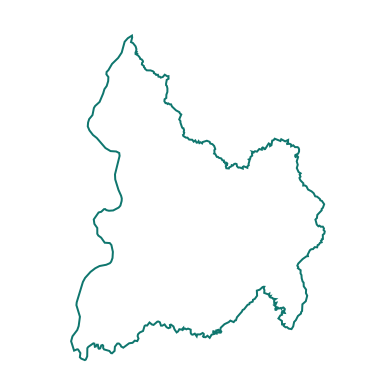 outline of Puerto Boyacá, Boyacá, Colombia, rotated 356°
{"feature_id": "7082276B10585708061512", "entity_name": "Puerto Boyacá", "entity_type": "district", "adm_level": 2, "iso_a3": "COL", "parent_name": "Colombia", "parent_adm1": "Boyacá", "projection": "orthographic", "projection_center": [-74.402, 6.004], "detail": "fine", "context": "isolated", "style": "outline", "palette": "teal", "viewbox_px": 384, "rotation_deg": 356, "n_neighbors": 0, "source": "geoboundaries", "source_scale": "gbopen_adm2", "svg_char_len": 6049}
<svg xmlns="http://www.w3.org/2000/svg" viewBox="0 0 384 384"><g transform="rotate(356 192 192)"><path d="M61.0,332.4L63.3,342.0L66.5,340.9L67.4,341.2L69.4,344.9L68.6,349.0L69.9,350.5L73.4,352.2L74.4,351.7L76.0,348.6L76.7,340.5L77.7,339.3L83.0,336.1L84.0,336.4L84.3,339.6L85.2,339.5L86.4,337.7L87.4,337.8L87.8,341.4L88.3,341.9L89.5,341.6L90.8,338.7L92.1,338.4L92.7,339.2L92.5,341.5L93.3,342.9L98.5,344.8L100.1,347.1L101.0,347.3L103.7,345.1L104.3,341.0L106.9,338.0L108.4,338.0L109.9,339.5L110.6,341.2L112.6,342.5L118.8,338.5L122.2,338.3L124.5,336.3L127.0,336.9L128.4,334.5L127.7,332.0L128.2,330.2L130.1,328.5L133.5,327.2L135.3,322.4L136.2,321.8L137.9,322.1L140.5,319.2L142.8,321.4L144.4,321.9L148.4,318.9L149.6,318.9L150.9,319.8L151.7,323.1L152.9,323.3L155.4,322.2L157.2,325.1L159.0,326.2L160.9,325.6L160.7,323.1L161.7,322.8L164.1,324.8L165.0,327.9L166.9,331.0L168.4,330.1L169.8,328.0L172.1,328.6L173.7,327.1L173.6,328.6L175.3,327.6L176.8,328.6L178.5,328.0L181.1,329.2L180.9,332.5L181.6,334.0L182.8,334.4L184.9,333.5L186.6,336.3L187.2,334.4L190.3,334.6L192.8,333.4L193.8,334.3L193.8,335.6L192.9,336.7L193.4,337.5L195.4,337.8L197.4,336.5L199.5,338.7L201.6,335.7L204.2,335.2L203.3,333.3L203.6,332.4L205.7,333.2L205.9,334.5L206.8,335.0L207.3,333.7L206.6,331.8L208.7,331.3L209.4,332.4L209.2,334.1L210.8,334.3L211.5,333.4L210.6,331.6L211.2,329.4L215.2,326.1L219.5,324.4L221.3,323.0L224.5,324.7L226.0,323.1L226.9,323.0L228.1,320.1L233.4,314.8L234.3,313.2L235.8,312.6L239.6,308.4L241.3,308.0L241.8,306.6L244.9,305.6L245.3,303.8L247.2,303.0L249.7,300.0L249.8,294.9L252.7,294.2L255.7,291.8L256.9,291.5L257.5,291.6L256.8,292.8L257.4,295.0L257.0,297.7L261.0,299.5L262.0,298.9L261.7,300.7L262.0,301.5L263.0,301.3L262.4,302.2L262.8,302.6L264.9,303.3L265.3,304.1L268.0,304.6L266.5,305.5L266.3,306.3L266.3,308.6L268.5,308.3L267.4,310.4L266.2,310.7L268.0,312.6L266.9,314.4L267.1,315.4L268.0,315.4L269.6,313.3L270.5,314.3L272.3,313.9L273.0,314.7L273.9,313.8L275.2,313.6L276.4,315.1L276.3,316.0L275.2,316.8L276.1,319.1L274.5,318.8L273.6,317.5L273.0,319.1L273.3,320.7L271.5,321.3L269.4,324.2L272.7,326.9L272.6,330.3L274.9,330.2L274.0,331.7L274.5,332.3L276.0,333.5L277.3,333.4L278.9,335.0L281.7,335.7L283.6,333.1L284.8,328.8L286.7,327.0L289.0,323.1L292.2,320.9L292.5,319.4L293.5,318.4L294.3,311.7L297.9,308.9L299.7,303.5L298.6,300.8L299.0,297.3L296.9,293.9L297.0,290.1L296.1,289.0L295.4,285.7L295.4,282.5L294.6,280.8L294.9,277.6L292.3,275.4L292.8,274.4L291.9,272.9L293.0,270.8L297.7,266.6L301.8,264.1L303.2,264.1L303.0,262.6L305.5,258.4L307.0,257.4L308.8,257.4L310.5,255.6L313.0,255.9L313.7,253.7L314.8,253.4L316.2,251.6L317.8,251.2L317.3,249.7L318.1,249.2L318.2,248.2L319.3,248.0L319.5,243.9L321.1,242.7L321.7,240.5L320.6,239.1L321.1,237.6L320.1,235.7L318.0,235.6L316.9,234.5L315.7,235.0L314.2,233.2L313.2,228.1L314.8,226.7L315.4,223.6L320.1,219.3L320.1,218.1L321.5,216.8L323.0,213.4L321.0,210.0L319.4,209.2L319.1,207.9L316.5,205.4L314.6,204.9L313.3,201.7L311.3,199.7L307.9,197.6L306.6,194.4L305.0,193.3L303.4,193.3L303.7,191.1L301.1,188.1L300.3,186.1L300.2,185.4L301.3,184.3L300.6,182.1L301.7,181.0L299.7,179.5L298.2,175.4L299.4,172.2L298.6,168.7L300.3,164.5L299.7,163.6L297.8,164.3L297.4,163.4L297.7,162.3L300.5,161.2L301.6,159.2L301.8,156.8L301.2,155.2L300.4,154.6L297.9,154.4L296.3,152.5L294.1,153.3L294.2,151.6L292.8,150.7L290.3,150.8L290.2,150.1L291.2,149.4L291.5,146.8L288.5,148.0L284.7,145.6L283.8,147.3L278.2,144.6L277.0,146.0L275.6,146.3L274.5,150.9L273.1,151.6L273.1,149.7L271.9,148.9L267.9,154.3L267.1,154.3L266.5,152.9L265.6,152.5L265.0,152.9L264.6,154.7L262.1,153.8L259.6,156.3L257.7,155.7L256.5,156.5L254.9,156.0L255.7,157.1L254.5,157.5L254.6,159.9L252.8,161.1L252.3,163.1L250.9,163.5L251.6,164.5L250.3,168.2L250.5,169.3L249.1,170.3L248.9,171.7L245.5,170.0L244.4,170.5L244.3,172.2L241.4,170.9L239.9,170.9L238.7,169.5L238.4,167.2L237.4,166.8L236.2,166.9L234.6,168.4L233.5,168.0L233.2,169.1L230.9,170.0L230.4,171.1L227.9,170.7L227.5,168.6L227.9,167.9L228.8,167.7L229.2,166.0L228.6,165.4L227.9,166.2L227.1,165.9L226.7,164.4L226.0,164.3L226.0,162.8L224.5,162.5L223.6,160.6L220.9,159.6L220.4,158.8L219.2,158.7L217.9,155.8L216.7,155.2L217.2,154.3L217.2,151.8L218.2,150.8L217.3,147.6L215.7,145.7L213.6,144.9L213.1,143.2L210.4,141.9L206.2,142.9L205.5,144.2L204.1,143.0L202.8,143.7L202.1,141.8L201.1,143.0L200.0,143.1L198.9,140.8L197.2,141.9L195.9,139.9L192.8,139.5L191.3,137.5L189.8,137.4L187.3,135.6L187.0,134.5L187.7,134.1L188.4,132.2L187.9,131.5L188.4,129.7L187.9,127.8L187.1,127.7L186.5,126.6L185.3,121.9L185.4,120.5L184.3,118.7L186.7,113.9L185.4,112.8L185.0,111.5L181.7,109.4L178.0,105.3L177.2,103.1L175.8,103.0L174.7,102.0L173.7,102.5L172.9,101.5L171.8,101.5L170.8,99.6L171.1,97.6L172.9,96.4L173.2,93.2L174.4,90.5L174.7,87.0L174.3,84.5L173.6,83.6L173.7,82.1L174.6,78.4L176.5,77.4L176.6,74.8L175.5,74.9L173.0,73.1L170.9,75.2L168.8,75.7L168.1,74.8L166.6,74.6L166.2,72.7L164.4,72.7L164.1,71.9L162.3,70.8L162.4,69.8L161.4,68.8L159.1,67.8L155.4,67.5L153.7,65.8L153.6,64.9L152.8,64.2L152.8,63.0L150.9,61.3L151.2,59.7L152.2,58.7L152.0,57.5L150.9,56.1L149.7,55.7L149.3,54.2L147.7,52.0L145.8,50.7L146.7,50.1L145.3,49.3L145.6,48.5L146.6,48.1L146.1,47.4L146.5,45.6L145.9,42.8L143.5,39.3L141.6,38.2L143.1,33.7L143.0,31.8L138.7,34.1L135.3,37.4L131.6,48.0L127.7,53.1L121.2,58.6L117.1,64.6L115.2,66.3L114.8,68.6L116.6,71.5L116.1,75.6L114.3,80.3L111.8,83.3L110.2,87.6L106.1,95.7L101.3,99.5L100.0,101.4L98.1,108.3L94.5,112.1L93.2,115.4L92.6,119.3L94.0,123.4L97.2,128.2L100.8,131.5L108.7,142.1L113.6,145.5L119.2,146.3L122.1,148.0L122.3,150.9L116.4,169.1L116.3,174.1L118.8,184.8L121.0,190.8L121.5,193.5L121.2,196.0L119.6,200.6L117.8,202.4L112.1,204.9L107.8,204.9L105.3,204.1L104.2,203.0L103.0,203.0L100.1,205.4L97.4,205.9L92.1,212.5L92.4,217.0L95.0,221.3L94.6,227.1L95.5,228.9L98.2,231.2L101.4,236.5L106.4,237.2L107.9,239.3L108.9,246.2L108.1,252.3L106.5,255.9L105.1,257.3L101.4,258.6L94.6,259.4L90.2,261.3L85.2,264.6L79.4,270.2L76.9,274.1L69.3,294.0L68.8,296.8L71.5,308.6L69.6,317.8L67.9,321.7L62.7,327.6L61.0,332.4Z" fill="none" stroke="#0f766e" stroke-width="2"/></g></svg>